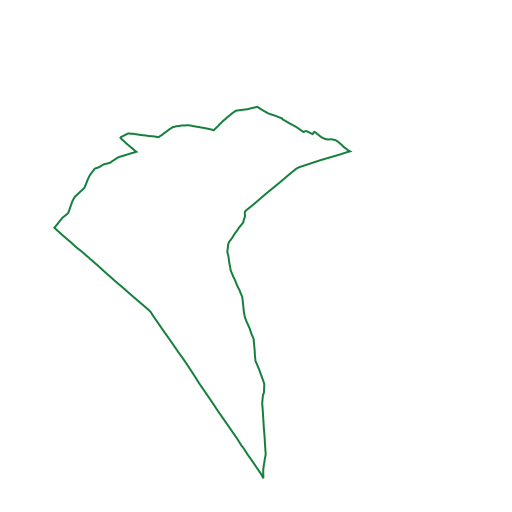 outline of Al-Zubair, Al-Basrah, Iraq, rotated 321°
{"feature_id": "34846034B69957241231378", "entity_name": "Al-Zubair", "entity_type": "district", "adm_level": 2, "iso_a3": "IRQ", "parent_name": "Iraq", "parent_adm1": "Al-Basrah", "projection": "mercator", "projection_center": [47.115, 29.902], "detail": "fine", "context": "isolated", "style": "outline", "palette": "green", "viewbox_px": 512, "rotation_deg": 321, "n_neighbors": 0, "source": "geoboundaries", "source_scale": "gbopen_adm2", "svg_char_len": 4066}
<svg xmlns="http://www.w3.org/2000/svg" viewBox="0 0 512 512"><g transform="rotate(321 256 256)"><path d="M359.5,159.5L357.5,156.5L356.1,154.3L355.1,152.6L354.2,150.2L352.9,146.9L352.1,144.4L350.9,140.9L348.4,139.7L346.4,138.7L344.1,137.6L341.6,136.5L339.6,135.2L337.2,133.7L335.4,132.7L333.8,131.6L331.7,130.4L329.0,130.2L326.6,130.1L323.6,130.2L321.1,130.1L318.0,130.3L316.2,130.3L314.5,130.4L312.5,130.7L310.5,130.7L308.7,131.1L307.9,131.2L307.1,131.2L305.2,131.4L303.3,131.5L302.7,131.7L302.2,131.6L301.2,130.0L299.9,128.3L298.6,126.7L297.1,124.9L295.8,123.3L294.2,121.6L292.9,120.0L291.5,118.5L289.7,116.4L288.2,114.6L286.7,112.9L285.5,111.6L283.9,110.5L282.9,109.8L282.0,109.1L280.0,107.5L278.4,106.8L276.9,105.8L275.5,104.9L273.7,104.2L272.8,103.5L271.0,103.4L269.4,103.1L266.8,103.0L264.2,102.9L261.8,102.7L259.5,102.8L257.5,102.5L255.1,102.4L253.3,100.3L251.9,98.8L249.9,96.8L248.2,95.4L246.4,93.2L244.1,91.0L241.9,88.7L240.3,86.8L239.0,85.5L237.4,83.6L235.7,82.3L235.0,81.5L234.6,81.1L233.9,80.3L233.6,80.3L231.4,79.8L229.4,79.3L227.7,79.0L225.9,78.6L225.1,78.8L225.1,80.6L225.5,82.8L225.8,85.1L226.1,87.0L226.9,91.3L227.8,96.0L228.1,97.7L228.6,99.7L228.1,99.5L226.2,98.8L224.3,97.9L219.3,95.9L215.1,94.2L211.5,92.7L209.8,92.4L208.6,92.3L206.1,92.1L205.3,92.0L203.5,91.8L202.2,91.8L201.3,91.7L200.6,91.4L200.0,91.1L199.4,90.9L198.4,90.4L197.0,89.7L195.5,89.1L194.3,88.7L193.0,88.6L190.8,88.4L189.7,88.0L188.7,87.9L187.5,87.3L186.6,86.9L185.7,86.7L185.0,86.8L183.0,87.3L180.9,87.8L179.0,88.3L177.9,88.6L176.7,89.1L175.4,89.7L174.8,90.0L173.9,90.4L171.6,91.7L170.3,92.4L169.5,93.0L167.7,93.8L165.3,95.2L164.4,95.2L162.9,95.3L160.7,95.4L159.8,95.4L158.6,95.6L157.7,95.6L155.5,95.8L154.4,95.9L152.9,96.0L152.1,96.0L151.8,96.2L150.6,96.7L149.6,97.1L148.2,97.7L146.7,98.5L145.0,99.6L143.0,100.8L141.1,102.0L138.7,103.4L137.3,104.4L135.0,104.5L131.6,104.5L129.5,104.5L128.4,104.7L126.9,105.1L124.7,105.5L122.7,106.0L119.0,106.8L117.8,107.0L117.1,107.1L117.3,108.6L117.4,109.8L118.1,113.7L118.8,118.5L119.7,123.4L120.8,128.9L121.5,134.3L122.2,138.0L123.5,143.2L124.3,148.4L125.1,152.4L125.2,153.8L125.8,156.7L127.0,163.6L128.9,176.0L130.3,183.9L130.3,184.5L131.2,189.5L132.4,195.5L133.5,202.1L134.7,209.1L136.6,219.3L137.8,225.6L138.8,231.5L138.9,233.4L138.5,236.4L137.0,255.8L136.7,260.8L136.1,269.8L135.2,280.9L134.6,291.3L134.3,295.1L133.2,306.4L131.7,319.1L130.4,335.8L129.6,345.1L128.9,352.1L128.1,363.0L127.0,377.7L126.4,386.1L125.4,394.1L125.4,397.2L124.7,403.5L124.4,406.7L124.3,409.6L123.3,421.7L123.0,425.2L122.8,428.3L122.3,431.1L121.8,433.4L124.3,430.2L126.9,426.9L128.4,425.4L130.5,423.4L132.2,422.0L135.3,419.1L138.0,416.9L139.3,415.5L140.2,414.1L141.2,412.7L145.9,406.0L147.5,403.9L149.7,400.7L154.2,394.1L158.5,388.1L162.9,381.9L165.8,377.8L167.9,374.6L169.3,373.1L170.9,371.5L173.0,369.3L174.2,368.3L176.0,367.3L177.3,366.0L178.9,364.1L181.9,360.7L183.2,357.2L185.2,351.3L186.9,346.6L188.7,340.4L189.2,338.3L189.7,337.0L192.5,332.7L195.5,328.6L199.9,322.0L201.9,319.0L203.8,312.7L205.7,307.6L207.4,300.9L208.8,296.7L211.2,292.1L217.4,282.6L219.7,278.8L220.8,274.8L221.8,271.7L222.4,268.3L223.4,265.0L224.7,260.7L225.4,257.5L226.3,254.6L227.2,251.4L229.1,248.0L230.5,245.3L233.2,240.8L234.6,238.5L235.4,236.5L236.6,234.3L237.7,233.4L240.3,230.9L241.5,229.6L244.0,228.1L246.3,227.6L249.5,226.7L251.9,225.8L254.7,224.9L256.9,224.4L261.3,223.1L264.5,222.5L267.4,221.8L268.6,220.7L270.0,219.7L271.7,218.8L273.0,217.6L273.7,216.3L275.3,214.6L277.5,214.3L283.5,214.4L288.7,214.3L302.6,213.9L321.6,213.8L333.1,213.5L342.1,213.5L344.2,213.9L345.0,214.0L349.5,215.7L358.5,219.1L366.4,222.1L385.0,229.9L391.6,232.4L391.9,232.5L394.9,233.8L394.1,231.7L393.4,228.7L392.7,226.3L392.6,224.1L391.7,219.1L390.8,216.1L387.9,212.5L385.2,210.8L383.4,208.6L381.6,205.0L380.5,200.1L380.1,197.6L379.4,196.2L376.7,196.9L375.4,194.2L373.8,190.7L372.8,190.0L371.0,189.6L370.5,188.0L368.5,181.1L365.2,173.3L363.8,169.2L363.2,167.9L362.6,166.4L362.9,165.5L362.5,165.0L362.2,164.4L361.4,163.0L360.5,161.4L359.5,159.5Z" fill="none" stroke="#15803d" stroke-width="2"/></g></svg>